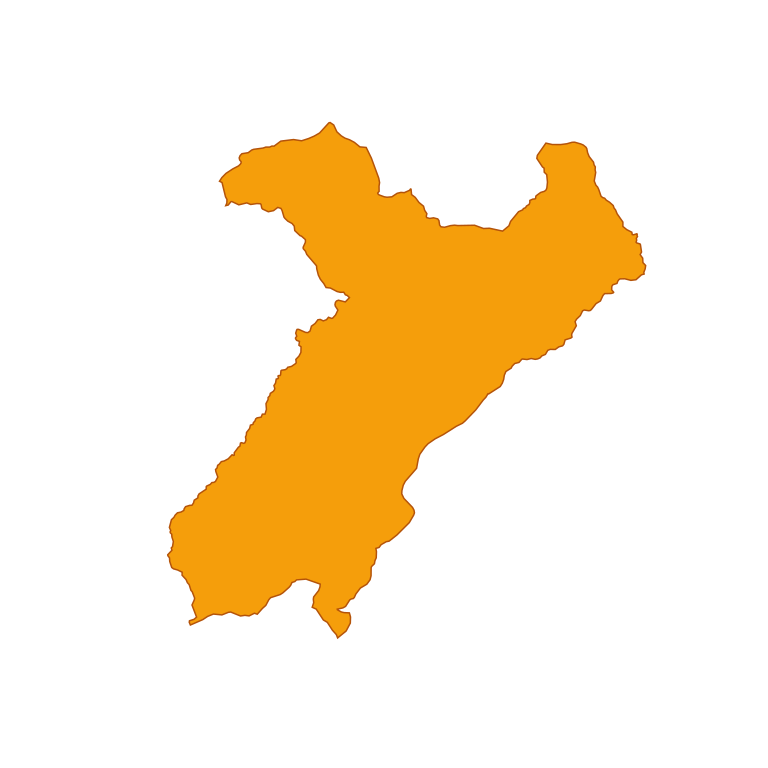 outline of Chameza, Casanare, Colombia, rotated 197°
{"feature_id": "7082276B78466873958700", "entity_name": "Chameza", "entity_type": "district", "adm_level": 2, "iso_a3": "COL", "parent_name": "Colombia", "parent_adm1": "Casanare", "projection": "albers", "projection_center": [-72.863, 5.238], "detail": "fine", "context": "isolated", "style": "filled", "palette": "amber", "viewbox_px": 768, "rotation_deg": 197, "n_neighbors": 0, "source": "geoboundaries", "source_scale": "gbopen_adm2", "svg_char_len": 6157}
<svg xmlns="http://www.w3.org/2000/svg" viewBox="0 0 768 768"><g transform="rotate(197 384 384)"><path d="M299.6,661.7L304.2,647.5L303.8,644.4L295.9,637.9L294.0,637.2L292.7,633.4L289.6,631.8L286.7,624.8L285.6,619.2L285.7,617.1L286.9,615.2L290.2,613.0L292.8,609.5L293.7,608.1L293.3,605.7L293.8,605.1L295.8,604.3L298.2,602.2L297.6,600.2L297.7,598.2L299.8,595.8L300.2,594.0L302.0,592.5L302.3,591.1L305.7,588.1L310.5,576.5L310.8,571.8L315.3,564.9L328.6,563.8L334.3,561.8L343.8,562.3L359.7,557.1L363.0,556.5L366.7,554.9L371.9,551.6L375.5,551.0L377.3,552.3L379.2,556.3L380.9,557.6L385.2,557.4L388.7,555.7L391.9,555.6L392.6,556.8L392.8,559.4L395.9,562.0L398.2,565.6L403.6,567.8L408.7,571.6L413.0,573.2L415.1,578.2L415.7,578.2L416.2,576.7L420.6,572.9L423.8,572.2L427.2,570.2L431.2,565.3L435.7,563.5L438.4,563.1L444.0,563.4L445.6,564.2L445.8,565.0L445.0,566.8L446.6,571.8L447.1,575.3L449.2,579.3L462.1,596.3L470.2,605.0L476.4,603.7L482.9,606.4L488.4,607.5L493.2,607.7L497.4,608.8L502.8,611.4L507.8,617.0L512.0,618.3L513.1,617.6L519.0,605.2L523.3,600.6L527.9,596.7L533.9,592.5L542.0,591.3L553.7,586.1L558.7,579.3L560.7,578.8L562.7,577.1L566.3,576.0L568.6,574.3L577.3,570.3L578.9,569.1L581.5,565.5L587.2,562.7L588.4,560.4L588.6,557.9L587.5,556.0L585.7,554.9L585.3,553.7L585.7,552.1L586.9,550.0L591.5,545.5L596.7,539.2L599.4,534.0L600.6,529.8L597.8,529.3L590.3,516.7L588.1,514.5L587.2,511.1L587.5,508.3L585.3,509.6L583.7,513.6L582.8,514.0L575.2,512.9L568.1,517.1L564.0,516.7L558.3,519.4L554.9,520.2L554.1,519.8L552.4,516.6L551.3,515.8L545.0,514.9L540.3,517.5L537.2,521.8L533.9,521.8L532.2,520.1L528.4,514.3L527.0,513.3L523.6,511.6L518.8,510.6L516.0,508.7L514.2,504.6L507.6,501.3L506.2,501.3L501.4,499.1L500.6,496.6L501.3,491.1L500.8,489.8L497.9,488.0L495.7,485.3L483.1,477.3L482.0,474.5L478.6,468.9L475.4,465.5L471.0,462.5L467.6,459.3L463.4,460.1L455.9,458.7L452.6,458.9L449.3,460.0L447.0,458.0L445.0,457.9L442.3,456.5L445.0,451.2L452.1,450.8L453.7,449.5L454.3,447.9L454.1,445.6L453.3,444.2L449.7,441.2L450.5,435.8L452.4,431.9L453.5,431.4L456.6,431.6L457.8,428.7L460.5,426.6L463.9,427.1L466.0,426.1L467.6,421.7L470.3,418.1L470.2,413.1L471.8,410.9L474.1,410.4L481.5,411.3L483.0,410.9L483.3,410.1L483.3,406.8L481.4,404.2L482.1,402.2L481.8,401.4L480.3,400.2L477.3,400.0L476.7,396.2L474.2,395.3L472.7,389.9L473.5,385.7L475.5,381.8L474.2,378.7L474.5,377.7L477.6,373.8L481.0,371.8L481.4,370.2L482.7,368.8L486.0,367.2L486.4,366.5L485.6,362.5L485.9,361.7L487.3,361.2L487.7,360.6L486.7,358.9L486.9,358.2L488.5,357.2L488.0,353.1L488.8,350.3L487.1,347.7L487.1,346.3L487.7,344.6L490.0,341.8L489.8,339.4L490.9,337.2L490.3,335.3L491.1,330.7L489.0,325.3L489.0,320.4L491.5,319.6L491.8,316.4L495.5,314.5L496.5,313.1L496.6,310.9L497.6,308.9L497.5,307.1L499.7,305.6L499.5,302.2L501.3,297.5L500.7,294.7L501.0,292.9L499.6,290.1L499.8,287.2L500.7,286.3L503.2,286.2L504.0,285.5L503.6,282.5L504.8,280.9L507.1,274.5L506.4,272.2L507.0,271.7L508.6,271.9L511.1,266.9L514.3,263.7L516.9,262.2L518.2,259.0L519.3,257.6L519.1,254.9L520.1,253.0L519.2,251.1L515.7,246.4L516.7,241.5L517.9,240.2L519.8,239.4L520.8,237.2L523.7,234.6L524.0,234.0L523.3,231.4L528.7,224.9L529.2,222.5L528.7,220.7L531.5,217.4L531.4,214.5L532.2,211.9L534.4,211.1L537.9,208.7L538.6,206.4L538.5,204.5L540.7,202.2L543.9,200.4L545.4,197.5L545.9,195.1L547.6,192.1L547.3,184.1L545.1,181.5L545.3,180.0L544.8,179.2L543.1,178.3L542.1,175.7L539.4,171.8L538.7,166.7L539.5,165.0L538.2,163.0L540.9,157.5L540.5,156.6L538.3,155.0L537.0,151.6L533.4,146.5L531.3,145.7L527.0,145.8L522.0,145.0L521.2,142.1L516.1,139.1L513.9,136.5L511.7,135.2L508.2,130.1L506.8,129.4L502.5,123.9L502.3,122.1L503.0,116.5L495.1,106.3L496.8,103.5L500.8,100.7L500.6,99.2L498.7,96.9L488.4,105.7L484.7,110.2L479.9,114.1L471.5,115.8L466.0,120.2L463.9,121.1L453.4,120.2L449.4,122.1L445.2,122.8L440.9,126.9L437.9,126.8L434.6,133.9L432.3,137.7L431.1,144.0L430.0,146.5L421.7,152.3L419.6,154.8L415.3,161.9L414.4,164.1L414.0,167.3L411.5,169.0L410.4,171.1L401.5,174.6L386.5,174.0L385.9,171.3L386.1,167.4L389.0,159.8L388.7,157.6L387.3,154.3L387.4,149.5L383.0,148.9L373.0,140.6L368.5,139.5L361.4,133.5L356.3,130.4L354.1,127.6L348.0,136.7L346.3,145.5L347.9,151.4L350.2,155.0L355.3,153.7L358.2,153.5L362.6,154.5L362.9,155.0L357.8,157.9L355.7,160.1L353.6,167.6L352.3,169.0L350.8,169.7L350.0,171.1L349.5,175.0L346.9,182.0L341.9,187.5L340.1,192.7L340.3,196.8L342.6,204.6L342.5,205.9L340.6,209.3L341.0,212.4L340.6,215.5L342.2,221.5L343.7,224.4L340.9,226.3L339.8,229.5L335.8,233.8L333.2,235.2L327.5,243.4L319.3,258.8L317.3,267.2L317.2,269.7L318.4,272.1L320.6,274.3L331.5,280.4L334.9,284.1L335.7,287.3L336.0,292.8L335.2,297.2L328.2,312.9L329.3,322.4L329.2,327.3L326.5,335.5L324.4,339.8L319.1,346.5L312.4,353.1L302.6,364.6L297.5,369.4L295.6,372.4L288.7,386.0L284.4,397.7L282.7,401.1L281.7,405.1L281.0,405.1L272.1,415.6L271.1,419.4L270.9,423.4L271.5,427.5L271.1,431.6L267.0,436.4L266.7,438.4L265.0,441.8L261.2,444.1L259.5,447.9L258.8,448.4L254.4,449.2L250.7,451.4L246.6,451.8L244.4,452.9L242.3,454.7L241.3,457.0L238.3,459.5L237.2,464.1L235.2,465.7L230.3,467.1L227.7,470.6L224.4,472.7L223.6,474.5L223.7,479.2L218.8,482.5L217.9,483.8L218.9,485.7L219.1,487.3L217.1,495.9L219.5,499.5L218.8,502.3L216.3,506.8L215.5,512.0L214.1,513.3L209.7,513.9L208.4,514.5L207.5,515.7L204.7,522.9L201.3,526.7L200.5,532.6L199.5,534.9L193.2,537.0L191.5,538.1L191.2,538.9L193.8,540.6L194.7,544.0L194.1,545.9L190.6,548.3L190.5,550.7L189.8,552.6L189.0,553.5L184.5,555.0L178.2,555.3L173.5,557.4L169.7,563.7L167.4,565.2L168.2,566.8L167.9,570.4L168.4,573.8L171.9,575.8L173.4,580.0L176.9,582.6L176.3,585.5L179.5,592.2L180.1,592.8L183.5,592.8L184.4,593.3L184.4,595.4L185.3,597.1L184.7,599.2L185.5,600.1L185.6,601.1L186.1,601.6L189.1,599.6L190.3,599.5L191.4,601.6L197.0,602.6L201.6,604.5L202.9,608.7L210.8,614.9L213.5,618.2L215.4,619.5L217.0,621.7L221.5,623.8L225.2,624.8L227.3,626.2L229.4,626.2L231.4,627.1L235.5,632.8L237.3,634.8L239.4,636.0L242.3,639.6L243.4,648.2L244.7,650.5L245.4,653.4L247.2,655.0L248.5,657.4L254.3,661.5L256.9,664.7L258.9,668.4L260.1,669.5L263.3,670.8L265.9,671.1L272.2,671.0L274.7,670.2L279.4,667.2L285.1,664.6L293.1,662.2L299.6,661.7Z" fill="#f59e0b" stroke="#b45309" stroke-width="1.5"/></g></svg>